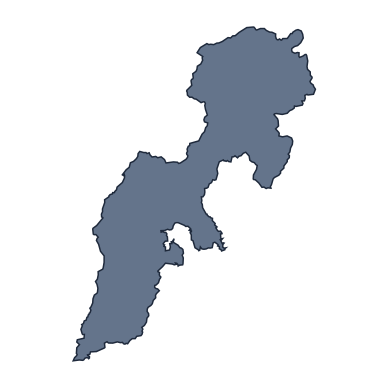 outline of Van Chan, Yên Bái, Vietnam, rotated 266°
{"feature_id": "81297802B1430654702420", "entity_name": "Van Chan", "entity_type": "district", "adm_level": 2, "iso_a3": "VNM", "parent_name": "Vietnam", "parent_adm1": "Yên Bái", "projection": "mercator", "projection_center": [104.568, 21.57], "detail": "fine", "context": "isolated", "style": "filled", "palette": "slate", "viewbox_px": 384, "rotation_deg": 266, "n_neighbors": 0, "source": "geoboundaries", "source_scale": "gbopen_adm2", "svg_char_len": 6009}
<svg xmlns="http://www.w3.org/2000/svg" viewBox="0 0 384 384"><g transform="rotate(266 192 192)"><path d="M330.6,206.8L326.4,212.2L325.2,211.5L322.6,211.8L319.1,209.7L317.1,206.1L314.1,205.5L312.1,204.4L309.9,201.0L305.8,201.2L304.7,200.6L304.3,199.5L303.0,198.8L298.4,199.2L293.9,194.0L293.1,193.7L291.7,194.2L289.0,194.2L286.7,196.3L286.6,198.6L284.8,200.7L284.3,202.7L280.5,207.3L281.2,209.5L281.0,210.8L279.3,211.5L277.5,210.8L273.6,211.2L267.7,212.7L265.7,209.9L263.1,208.9L261.1,209.4L259.8,212.5L257.1,211.9L255.2,210.1L251.3,208.7L249.0,206.1L242.5,202.3L240.6,193.2L238.5,192.9L237.8,191.4L235.1,190.1L233.0,190.4L231.1,189.3L229.7,189.5L228.8,190.3L227.1,190.1L225.1,188.4L221.8,182.5L221.4,180.7L222.7,179.6L223.3,175.6L222.8,168.1L226.3,166.8L229.2,163.7L228.6,160.2L230.0,158.3L229.7,154.6L232.0,152.7L234.1,152.0L233.5,149.8L234.6,148.8L234.7,146.7L236.1,142.7L234.1,140.9L231.2,140.4L229.2,138.9L226.6,135.8L225.5,132.6L221.0,131.1L218.8,127.9L214.0,123.7L213.2,124.8L214.4,125.6L213.1,125.9L210.7,125.6L206.3,123.2L202.1,117.6L199.6,116.9L197.9,115.0L196.8,114.6L196.9,112.8L195.7,112.5L195.1,110.1L193.8,108.8L193.0,108.8L190.4,104.3L187.6,104.2L181.3,101.5L178.6,101.4L176.2,100.1L173.4,100.1L172.8,101.2L172.3,101.3L165.2,94.6L162.7,90.7L161.9,90.4L156.9,90.6L156.3,91.3L156.2,93.2L153.4,95.3L152.3,94.1L150.3,93.3L146.3,95.2L139.2,96.6L134.4,99.9L127.8,99.4L122.5,98.1L121.2,97.5L119.1,92.8L115.9,92.7L111.6,91.5L109.5,89.5L106.5,90.8L102.5,91.4L98.6,90.7L97.6,90.1L96.0,87.4L92.4,85.8L88.2,85.2L84.4,83.2L83.2,82.0L81.2,82.9L78.7,81.9L78.2,81.0L77.0,80.7L76.7,80.0L74.6,79.3L74.3,78.4L71.6,77.5L70.9,75.5L68.3,74.5L67.5,72.7L66.2,73.3L62.7,71.6L58.1,72.6L57.4,73.2L57.4,74.7L53.7,74.1L52.6,67.3L50.4,66.6L47.6,69.1L44.7,66.2L39.0,65.4L38.0,66.1L36.9,65.6L34.9,63.3L31.9,61.7L32.3,67.8L31.7,71.3L32.1,72.3L33.6,73.5L34.1,75.1L33.9,76.5L32.9,77.3L33.6,78.1L35.1,78.2L36.1,76.6L36.8,76.4L37.3,78.8L39.6,79.6L39.5,85.5L42.6,93.9L43.1,94.3L47.3,94.1L48.6,96.8L47.2,98.1L46.8,102.5L47.7,107.1L46.7,110.0L46.8,112.2L45.4,113.1L44.9,114.5L45.6,115.7L45.1,117.2L48.2,119.7L49.9,122.2L49.7,125.1L51.9,126.8L52.3,131.1L53.5,132.2L55.7,133.0L56.3,132.5L57.4,132.7L58.6,133.4L60.5,132.5L62.2,135.2L65.4,137.5L69.2,138.2L71.5,140.2L73.7,140.2L76.0,138.9L78.3,139.2L80.0,140.1L81.7,143.1L83.3,144.6L86.6,145.8L89.0,148.4L91.5,148.4L93.0,149.3L95.8,152.5L97.7,151.0L98.3,149.2L99.4,148.1L101.4,148.3L101.7,149.7L103.8,152.2L107.2,153.5L108.8,154.8L109.6,154.9L110.6,153.9L111.9,153.6L114.0,154.0L114.9,152.4L115.6,152.5L119.6,157.4L122.8,160.5L121.5,167.4L120.6,169.2L120.9,171.2L122.3,170.5L122.0,171.8L120.7,172.8L119.1,173.0L119.9,174.5L120.0,177.6L121.0,178.0L126.8,178.7L129.7,177.8L131.5,179.2L135.3,178.9L136.7,177.6L137.4,175.9L139.9,174.4L143.2,169.7L146.7,170.9L143.9,168.9L143.8,167.8L142.0,168.3L142.0,166.2L138.6,166.6L135.7,165.5L135.2,161.4L139.0,161.7L139.7,160.2L141.1,160.9L141.3,160.1L142.5,159.7L144.8,161.9L144.8,164.3L149.1,164.3L150.3,163.5L152.0,164.0L153.6,163.0L153.5,161.7L154.5,160.2L154.1,158.4L155.6,158.3L155.5,162.0L156.5,165.1L155.7,166.9L155.9,168.9L157.1,170.2L159.5,170.9L162.1,172.6L162.5,174.0L162.4,176.0L159.2,182.2L158.1,183.3L158.1,185.6L155.4,188.1L154.6,188.2L154.7,187.2L154.0,186.5L153.1,188.7L152.4,188.6L152.1,187.5L151.5,187.3L149.4,188.3L144.3,188.0L143.3,189.6L136.2,191.1L133.7,194.5L133.0,194.7L133.4,195.7L136.6,196.5L134.5,197.9L134.1,199.8L134.2,202.0L135.1,204.5L134.8,206.3L135.1,208.3L139.8,209.6L140.3,211.3L137.9,214.1L137.3,214.4L136.4,213.8L135.6,215.5L133.4,215.3L132.5,216.9L131.1,217.4L132.1,220.7L133.3,221.0L133.9,221.8L133.7,220.2L134.9,218.8L137.4,219.1L138.8,220.4L139.1,219.6L138.4,218.6L142.1,217.0L141.9,217.9L143.4,219.3L143.1,217.6L145.7,217.5L148.2,217.5L148.2,218.9L148.7,219.1L151.0,217.7L150.9,215.6L152.2,214.5L154.6,213.3L155.4,214.5L157.6,212.3L159.0,212.9L162.0,210.3L164.3,210.6L165.0,208.9L165.9,208.4L166.0,207.4L167.8,205.6L168.8,205.5L169.0,204.6L175.6,201.5L179.0,201.4L180.7,200.6L182.6,201.2L186.5,201.0L186.4,202.5L188.4,204.2L191.0,204.8L194.6,204.8L194.8,207.0L195.6,208.4L198.8,209.7L200.0,212.1L202.8,213.6L202.2,215.4L202.6,216.8L208.7,219.0L213.2,218.4L220.2,221.3L221.8,225.5L220.7,226.2L220.9,227.0L220.2,228.2L220.9,229.5L219.8,230.7L219.3,232.9L224.2,234.4L224.2,236.1L225.1,237.4L222.9,239.8L224.4,241.3L224.8,243.5L227.1,245.9L227.9,248.4L223.9,251.5L219.7,251.9L218.0,253.7L216.9,256.3L214.9,257.6L213.9,258.9L210.0,257.9L204.7,254.5L200.7,254.0L200.1,254.5L199.8,256.0L196.3,259.3L191.8,262.1L191.9,264.1L190.3,266.2L190.9,268.0L190.3,271.0L192.2,270.6L193.6,271.7L199.3,273.8L200.7,275.2L202.7,279.8L204.7,281.7L206.5,281.7L209.4,285.3L211.6,285.5L215.6,289.1L217.4,289.2L219.4,291.4L221.5,291.7L223.1,290.6L225.1,292.4L229.0,293.4L232.4,295.4L235.8,296.0L238.9,295.1L241.3,290.8L240.7,286.1L241.9,282.6L244.4,283.1L245.4,282.7L249.1,279.8L251.8,282.9L257.1,282.9L259.1,282.4L263.4,279.2L264.1,279.6L264.4,281.5L263.1,287.4L263.9,292.5L266.3,295.1L267.2,297.7L268.6,299.8L270.6,300.2L270.1,301.7L271.0,308.1L272.5,308.9L275.1,307.9L275.1,310.5L277.5,311.5L280.5,311.3L281.4,313.5L280.7,314.4L281.0,320.0L285.9,322.3L288.8,320.7L290.3,320.4L292.3,318.1L294.1,317.4L297.1,319.6L298.2,319.8L300.2,318.2L303.6,318.3L306.3,315.8L309.2,315.5L314.6,316.6L320.2,315.9L321.2,315.4L321.3,314.5L319.8,312.0L318.8,308.7L319.9,308.1L323.4,308.5L323.8,306.9L323.2,304.4L324.7,301.7L326.6,301.3L328.2,301.6L330.0,304.5L330.7,307.6L333.4,310.9L337.8,313.7L341.7,313.4L345.0,312.2L346.6,309.1L346.2,307.0L344.4,303.8L343.1,303.1L343.1,301.5L338.5,297.8L338.7,293.2L337.3,292.0L337.4,291.3L338.6,290.0L337.8,288.5L338.0,287.6L339.1,286.7L341.5,286.2L343.8,286.5L345.8,282.9L346.1,280.6L348.0,277.4L350.0,275.6L350.3,271.7L349.1,267.9L349.4,267.1L351.9,265.6L352.3,264.7L352.2,258.1L347.9,250.1L344.9,246.0L344.9,243.5L343.0,241.3L343.5,238.7L340.0,232.7L338.8,229.2L338.8,227.1L337.5,224.0L338.1,221.0L337.9,219.0L339.0,217.2L335.5,210.4L330.6,206.8Z" fill="#64748b" stroke="#1e293b" stroke-width="1.5"/></g></svg>